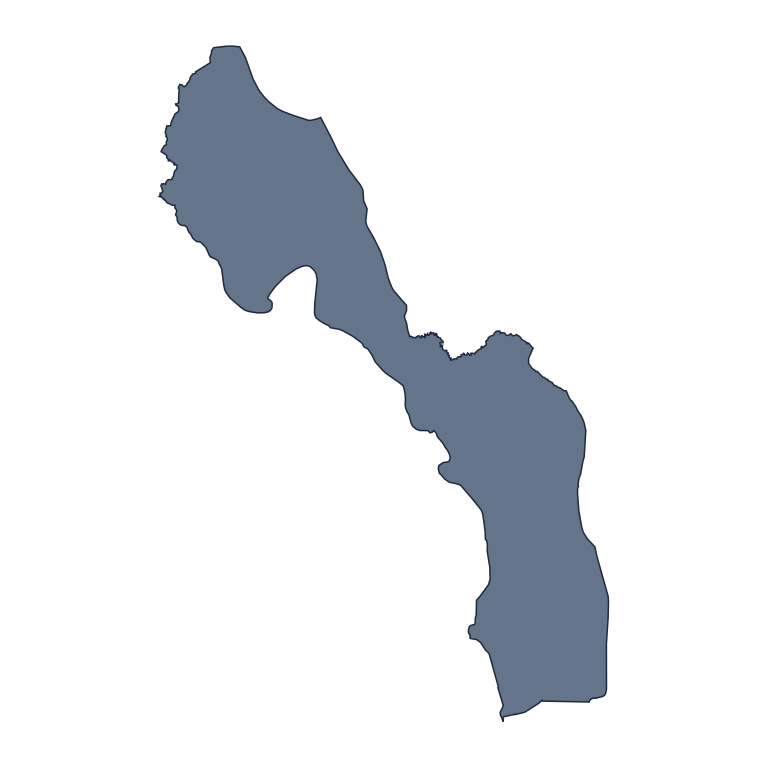 Kolaka Timur, Sulawesi Tenggara, Indonesia
{"feature_id": "22746128B88028223529334", "entity_name": "Kolaka Timur", "entity_type": "district", "adm_level": 2, "iso_a3": "IDN", "parent_name": "Indonesia", "parent_adm1": "Sulawesi Tenggara", "projection": "robinson", "projection_center": [121.666, -3.82], "detail": "fine", "context": "isolated", "style": "filled", "palette": "slate", "viewbox_px": 768, "rotation_deg": 0, "n_neighbors": 0, "source": "geoboundaries", "source_scale": "gbopen_adm2", "svg_char_len": 6100}
<svg xmlns="http://www.w3.org/2000/svg" viewBox="0 0 768 768"><path d="M542.0,701.1L589.3,702.0L589.3,701.1L591.0,698.9L592.0,698.8L592.6,698.1L595.7,698.2L603.0,696.4L604.6,695.1L605.7,693.2L606.5,689.1L606.4,644.1L608.1,618.1L608.5,601.2L608.1,596.2L596.9,556.3L594.9,546.9L587.3,538.8L583.2,532.2L581.8,527.5L578.8,510.6L577.5,493.3L577.6,488.4L578.5,486.3L578.0,484.7L578.9,478.9L580.6,474.0L582.8,461.8L584.2,456.8L585.8,430.3L583.9,422.2L581.7,416.7L577.5,410.2L575.7,406.6L572.7,402.1L570.4,399.7L568.9,397.3L566.3,390.9L563.8,390.6L560.2,388.0L557.8,387.2L555.9,385.8L555.0,385.9L552.7,383.6L552.3,382.6L548.3,380.7L547.7,379.2L546.5,379.5L544.7,377.6L542.8,377.2L537.6,371.6L537.0,371.3L535.8,371.6L534.6,369.9L532.2,368.6L528.6,363.5L528.6,358.4L533.1,348.1L531.5,346.7L529.5,344.0L527.8,342.8L527.3,342.9L526.9,343.7L526.1,342.0L521.9,339.6L520.4,337.2L517.0,334.8L516.2,334.6L515.4,335.4L514.2,335.4L513.3,335.9L512.1,335.3L511.3,334.1L510.6,333.8L508.6,335.3L506.6,335.4L506.1,335.2L504.7,333.0L501.5,332.8L500.5,333.4L500.3,331.9L499.8,331.1L498.0,331.0L497.2,331.5L496.4,331.2L494.4,333.2L493.2,335.3L490.3,336.2L488.2,337.9L488.0,339.2L485.8,341.3L486.3,344.2L485.8,345.2L484.0,346.4L483.2,347.6L482.7,347.6L482.0,346.5L481.3,346.6L480.9,348.8L478.7,349.6L476.9,351.0L476.6,352.0L475.2,352.4L474.9,353.8L471.5,353.1L470.8,353.4L471.1,355.0L470.4,355.4L469.6,355.2L468.5,353.5L467.6,353.0L466.8,354.8L464.5,355.2L464.2,354.8L464.3,353.8L463.7,353.3L462.5,354.4L461.1,354.9L461.3,356.5L457.9,356.9L457.3,357.4L456.8,358.9L453.8,358.8L452.4,359.9L450.9,360.2L450.4,360.1L450.4,359.4L451.1,358.6L451.1,358.1L449.9,358.4L449.5,357.4L448.9,357.1L449.4,355.4L447.9,354.9L448.3,353.0L446.8,352.7L446.8,350.5L446.2,350.2L445.6,350.7L444.4,350.6L442.7,349.4L442.3,347.3L442.5,345.2L441.9,345.3L440.6,346.7L440.1,346.4L440.7,344.7L439.9,343.7L439.9,342.9L441.0,342.5L441.9,342.9L443.0,342.8L443.1,341.3L440.9,339.6L440.6,338.1L438.8,337.8L438.3,336.8L437.2,337.2L437.1,335.6L436.6,335.2L436.8,334.4L436.4,333.7L435.7,333.6L435.7,335.0L435.2,335.4L434.5,334.6L433.6,334.6L434.1,333.4L433.9,332.9L431.6,333.0L430.8,332.1L430.1,332.7L430.7,334.0L429.3,334.2L428.9,335.3L427.5,335.1L427.5,333.9L426.7,335.0L424.8,334.2L424.5,335.0L425.2,336.1L425.4,337.2L425.0,337.6L424.6,337.5L424.4,336.5L422.9,336.9L422.0,335.6L421.6,335.6L421.5,337.0L421.0,337.6L420.5,337.1L419.8,337.4L419.5,336.2L418.8,335.8L418.1,335.8L417.4,336.6L416.4,336.6L415.7,338.0L414.2,337.5L412.7,337.5L412.0,336.7L410.7,336.3L410.4,336.8L409.8,336.7L407.8,330.5L406.6,323.4L404.7,318.1L404.4,315.9L406.6,310.6L406.5,305.4L394.3,291.4L391.9,287.6L388.3,278.3L384.9,264.4L380.5,251.6L373.5,237.4L366.9,226.1L365.7,221.5L367.1,208.9L364.3,202.2L363.7,201.5L363.0,190.7L362.2,188.5L360.1,184.6L349.0,170.0L338.1,152.1L331.1,137.6L320.7,117.5L317.4,118.8L311.1,120.3L307.9,120.2L292.7,115.2L282.6,111.4L277.2,108.5L268.6,101.6L263.9,96.7L259.0,90.4L253.1,79.1L245.4,57.5L239.7,46.9L232.9,46.1L226.5,46.2L213.7,47.7L211.6,50.6L211.4,53.2L209.9,57.7L210.3,62.7L195.6,71.8L195.6,73.3L192.6,74.1L190.1,77.8L190.0,79.2L188.4,82.3L187.3,83.0L187.0,84.5L186.0,85.6L185.2,85.9L184.6,86.7L183.0,86.2L182.3,85.0L180.0,84.4L178.4,87.1L178.4,88.5L179.0,89.5L179.2,91.3L178.9,92.4L178.6,99.3L178.9,100.5L178.3,101.5L178.9,102.6L177.0,103.9L175.6,103.9L175.7,104.8L176.6,105.7L178.4,106.4L178.8,109.3L178.6,111.1L177.5,112.3L175.2,113.7L171.1,122.4L170.7,125.7L166.7,126.0L166.4,128.0L166.0,128.4L165.8,130.9L165.2,131.9L165.4,133.4L166.4,134.6L166.3,135.7L165.7,136.1L167.1,137.8L167.4,139.1L166.2,142.3L166.4,144.9L164.4,145.5L161.9,149.5L161.1,151.7L165.9,154.7L166.6,155.6L166.9,157.8L168.3,159.5L168.3,160.8L169.1,160.9L169.1,160.0L170.1,160.0L170.7,160.9L173.7,163.0L174.0,164.3L174.5,163.7L175.0,165.0L175.7,164.5L177.3,166.0L176.4,169.3L174.5,171.4L173.3,176.7L172.3,177.5L172.0,179.5L168.2,179.6L166.3,181.5L165.5,184.4L163.6,183.6L162.6,184.1L161.7,183.9L160.9,185.6L162.9,191.3L161.1,193.2L160.2,193.2L160.4,193.9L159.7,195.2L160.8,196.0L159.5,196.6L161.6,197.1L163.4,199.2L164.2,198.8L164.7,200.3L166.1,201.1L166.4,202.1L168.4,203.6L169.6,203.7L171.6,205.1L175.0,205.3L174.8,207.8L176.1,209.4L176.8,211.4L175.5,214.8L177.1,217.1L177.1,219.9L178.2,222.8L179.8,224.4L181.7,225.3L185.3,225.8L186.8,227.0L188.6,231.7L191.0,234.6L192.8,238.3L196.6,241.5L200.7,242.1L205.7,247.2L209.6,255.8L211.0,257.2L216.4,259.6L218.4,261.4L219.0,263.8L220.7,266.5L221.7,269.3L223.8,285.2L224.7,289.5L226.3,292.9L229.8,297.8L241.2,307.6L244.9,310.2L249.3,311.6L257.7,312.9L264.5,312.7L268.4,311.8L270.0,310.6L271.5,308.8L272.0,307.6L272.2,304.0L271.9,302.1L270.0,300.0L268.0,298.9L267.8,297.5L268.9,296.1L269.5,294.4L275.2,286.7L285.2,276.5L296.0,269.0L301.2,266.7L304.4,265.8L307.3,265.7L310.0,266.5L314.3,270.4L316.2,274.1L317.2,279.9L314.9,302.0L314.6,307.9L314.5,312.7L314.9,315.2L316.0,317.7L320.3,321.2L326.4,324.7L328.4,325.3L330.5,327.7L339.3,329.3L343.5,331.1L352.7,336.2L362.1,343.2L363.8,346.8L367.9,349.0L371.8,354.8L375.3,362.0L382.4,370.0L385.9,373.3L398.9,382.3L403.0,385.7L404.2,388.9L405.1,394.3L405.4,399.1L405.2,405.2L405.7,408.4L407.5,412.6L408.7,414.2L411.0,422.6L412.6,426.1L416.3,429.3L420.0,430.5L427.5,430.6L428.4,431.1L430.1,432.9L432.7,431.9L433.6,430.6L435.6,432.3L436.3,433.4L437.3,436.6L443.0,443.4L445.3,447.5L447.5,450.3L449.2,453.7L450.2,457.1L449.7,460.0L448.8,461.4L447.2,462.0L443.3,462.5L438.8,465.5L438.3,468.6L439.4,473.3L441.3,475.0L444.7,479.1L449.4,482.3L455.6,483.5L460.5,485.1L471.1,497.4L480.7,509.3L481.8,511.3L482.8,514.5L484.2,524.1L485.1,531.7L485.4,539.3L486.7,540.8L487.4,544.7L487.2,550.9L489.8,567.4L490.1,579.0L488.6,584.5L480.2,596.0L476.5,600.4L476.2,615.2L475.3,618.1L475.1,623.3L474.6,624.4L470.9,625.4L469.4,626.6L468.6,629.1L468.4,632.6L469.2,634.0L469.8,634.1L470.2,638.4L476.6,639.6L480.5,642.4L485.3,649.8L489.0,653.4L498.5,687.2L497.9,687.6L502.9,704.4L503.4,704.6L502.1,708.4L500.1,712.3L500.5,715.4L501.9,718.0L503.1,721.9L503.4,719.1L502.3,718.3L504.0,716.7L515.4,714.2L515.4,714.5L524.8,712.2L538.9,703.2L541.9,700.3L542.0,701.1Z" fill="#64748b" stroke="#1e293b" stroke-width="1.5"/></svg>